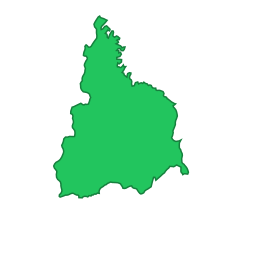 São Jerônimo da Serra, Paraná, Brazil, rotated 24°
{"feature_id": "56859067B6794406070679", "entity_name": "São Jerônimo da Serra", "entity_type": "district", "adm_level": 2, "iso_a3": "BRA", "parent_name": "Brazil", "parent_adm1": "Paraná", "projection": "equal_earth", "projection_center": [-50.795, -23.707], "detail": "fine", "context": "isolated", "style": "filled", "palette": "green", "viewbox_px": 256, "rotation_deg": 24, "n_neighbors": 0, "source": "geoboundaries", "source_scale": "gbopen_adm2", "svg_char_len": 4467}
<svg xmlns="http://www.w3.org/2000/svg" viewBox="0 0 256 256"><g transform="rotate(24 128 128)"><path d="M56.6,37.3L55.7,38.6L55.2,41.4L54.8,44.3L54.7,47.0L56.4,49.2L57.6,49.7L59.1,50.6L60.5,53.9L62.1,56.4L62.9,58.7L62.3,61.2L61.8,63.5L61.4,66.0L61.1,68.4L60.4,69.6L59.0,70.2L57.0,69.3L55.9,69.1L55.4,70.9L56.3,72.2L56.8,74.0L56.9,76.5L57.2,77.9L57.7,79.7L58.7,80.0L60.5,79.4L62.3,80.4L62.7,82.0L62.3,83.9L62.3,87.4L62.8,88.8L64.8,90.8L65.3,93.0L65.8,94.3L66.0,96.4L65.7,98.7L65.7,100.1L66.0,101.5L67.0,103.5L66.6,104.9L66.4,106.8L67.4,108.4L68.5,110.6L70.0,112.0L72.4,113.1L75.3,112.4L76.7,112.2L79.0,112.7L80.2,114.1L81.5,115.3L81.5,117.3L81.9,119.1L82.1,122.3L80.6,123.3L79.3,123.6L78.4,124.8L77.3,125.1L74.9,124.6L72.9,126.9L69.7,130.7L68.5,131.7L68.7,133.9L68.9,135.8L69.8,138.1L71.7,138.2L72.9,139.6L73.4,141.7L75.2,143.7L76.0,145.4L76.1,147.1L76.3,148.8L77.2,150.3L78.8,151.1L80.4,152.1L81.2,153.3L82.0,155.0L82.6,157.5L81.5,158.1L80.3,158.6L79.0,159.1L77.9,159.6L76.7,160.8L74.6,161.7L73.8,164.0L74.4,166.5L74.6,168.7L74.5,170.8L75.7,172.3L77.2,173.4L78.7,175.3L79.2,177.2L79.3,181.4L78.9,184.3L78.0,186.3L77.1,187.5L76.2,188.7L75.6,190.8L75.6,192.9L76.9,194.4L79.5,195.8L80.5,196.4L81.0,197.7L81.4,199.5L82.8,202.1L84.6,203.5L86.6,204.1L88.0,204.6L89.5,206.4L90.3,208.2L91.3,209.6L92.8,211.5L93.3,212.8L93.3,214.6L92.5,216.9L93.0,218.4L94.1,218.7L95.2,217.7L96.3,216.7L97.3,215.7L98.2,214.7L99.6,214.1L100.9,213.1L102.1,211.6L103.5,210.3L104.9,209.9L106.5,210.1L108.5,210.1L109.5,209.6L110.6,210.0L111.5,211.6L113.0,211.0L114.6,210.4L115.0,209.0L116.2,208.0L117.9,207.4L119.3,207.3L119.9,205.6L121.9,205.1L122.2,203.8L123.3,203.5L124.2,201.9L125.6,201.5L126.5,199.9L128.3,199.4L127.5,198.1L127.1,196.4L127.3,194.3L128.1,192.9L129.1,191.5L129.9,189.7L131.1,188.6L131.8,187.0L133.0,185.7L134.1,184.4L135.8,184.1L137.3,183.5L138.8,182.9L141.1,182.1L143.8,182.0L145.5,183.2L146.6,183.8L147.9,185.1L149.3,184.7L150.5,183.9L151.5,182.6L152.5,181.3L153.5,180.3L154.9,179.4L156.2,180.5L158.1,180.6L159.4,180.2L160.8,180.2L162.4,181.3L163.9,182.2L165.4,182.9L166.6,183.0L167.8,182.0L168.7,180.8L169.0,178.4L170.0,176.8L170.9,175.7L171.8,174.2L173.0,172.3L172.6,170.0L172.1,167.4L171.7,164.6L171.4,162.7L172.6,162.1L173.7,163.2L174.7,164.4L176.0,161.6L176.5,160.5L177.3,158.8L178.4,156.1L179.6,154.0L179.7,152.5L180.5,149.9L181.5,148.0L181.7,146.1L182.8,145.7L184.0,145.2L185.5,144.8L186.5,143.5L187.5,142.0L189.5,142.1L190.6,142.1L192.3,142.2L193.9,146.0L194.9,147.1L196.0,147.3L197.0,148.3L198.1,146.8L200.1,146.2L201.3,145.8L201.2,143.9L199.8,142.2L198.3,140.8L196.5,139.7L195.1,139.1L193.9,138.4L192.6,138.2L191.3,137.6L190.5,136.1L189.5,134.2L188.8,130.9L187.8,129.3L186.0,127.8L185.0,126.5L183.0,125.3L181.9,123.0L181.0,120.7L181.2,117.5L180.0,119.0L177.2,120.8L175.1,120.9L173.2,120.2L171.8,119.1L171.8,116.9L171.2,113.9L170.2,112.4L170.1,108.6L169.9,105.7L168.9,103.5L168.5,101.6L168.5,99.8L168.2,97.0L167.2,95.4L165.8,93.5L164.3,92.0L162.3,90.9L161.1,90.5L160.1,89.1L161.0,88.1L161.6,86.6L160.3,86.8L158.8,86.6L157.2,86.5L155.5,86.0L154.2,85.7L153.1,85.3L152.0,85.4L150.9,84.4L149.9,84.2L148.4,84.7L147.2,84.0L146.8,81.8L145.2,80.5L143.2,80.6L141.7,80.7L140.3,81.3L139.2,81.9L138.1,81.8L137.1,80.3L135.8,81.0L134.2,81.3L133.0,80.7L132.0,79.7L130.5,79.8L129.3,80.9L127.7,79.9L125.8,80.2L123.8,79.7L123.3,81.3L121.8,81.3L120.6,82.3L119.7,83.5L118.2,82.0L116.4,83.5L116.4,85.1L116.5,86.8L114.8,88.1L113.3,86.3L112.6,84.1L111.5,82.8L109.9,82.4L108.9,81.5L108.4,79.5L108.7,77.9L108.3,76.6L106.8,76.9L105.6,78.4L105.8,80.0L106.3,82.0L104.6,81.6L103.1,81.2L101.8,79.7L100.1,79.7L100.6,76.5L100.6,74.4L100.9,72.9L99.4,73.7L98.1,72.3L97.6,74.3L97.1,75.5L96.1,76.0L94.9,75.8L93.5,76.4L92.7,75.3L92.2,72.7L93.8,73.1L95.2,70.4L94.3,68.1L92.7,68.6L91.3,69.1L89.8,69.7L89.0,68.1L91.5,66.0L91.9,63.3L90.3,61.9L89.0,63.1L88.1,61.1L86.1,61.8L86.8,59.4L88.2,58.6L89.8,59.7L91.0,59.9L92.2,59.3L92.6,57.7L92.3,55.2L91.1,55.8L89.8,57.2L88.9,56.4L87.7,56.0L85.5,56.0L82.9,55.9L84.5,53.8L83.6,52.8L82.1,52.4L83.0,51.2L84.0,50.8L83.9,49.3L82.9,49.1L81.6,48.6L80.1,48.6L78.7,50.6L76.6,49.9L75.9,46.6L75.1,45.5L73.9,45.8L73.6,47.8L73.3,50.0L73.4,51.6L73.5,53.9L72.3,53.7L71.1,51.5L70.2,50.8L68.8,50.8L69.2,48.9L69.7,46.8L71.6,46.8L71.6,45.4L70.6,44.6L69.4,44.5L68.4,43.9L66.9,43.4L65.5,44.7L64.6,47.9L63.5,49.0L62.6,47.5L62.6,45.7L63.4,43.7L64.3,41.1L65.1,38.1L63.3,38.1L62.2,38.0L61.1,38.0L58.7,38.3L57.7,38.2L56.6,37.3Z" fill="#22c55e" stroke="#15803d" stroke-width="1.5"/></g></svg>